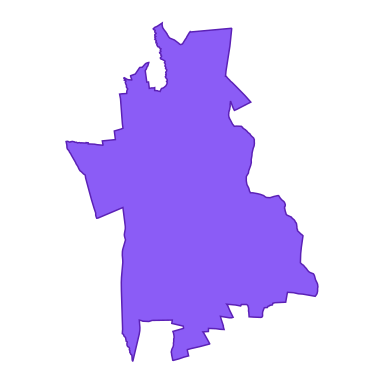 Scanteia, Iasi, Romania
{"feature_id": "2599482B42529928400495", "entity_name": "Scanteia", "entity_type": "district", "adm_level": 2, "iso_a3": "ROU", "parent_name": "Romania", "parent_adm1": "Iasi", "projection": "mercator", "projection_center": [27.593, 46.925], "detail": "fine", "context": "isolated", "style": "filled", "palette": "violet", "viewbox_px": 384, "rotation_deg": 0, "n_neighbors": 0, "source": "geoboundaries", "source_scale": "gbopen_adm2", "svg_char_len": 5851}
<svg xmlns="http://www.w3.org/2000/svg" viewBox="0 0 384 384"><path d="M66.1,141.6L66.8,144.9L67.0,147.8L67.4,149.0L69.0,150.8L69.3,151.7L70.9,154.1L71.4,155.2L75.6,162.5L76.1,163.8L77.8,166.4L78.9,168.9L80.0,170.7L81.4,171.8L83.6,174.0L84.9,174.8L85.3,175.4L85.6,177.9L91.5,199.7L94.2,208.6L95.7,213.0L95.7,215.1L96.1,216.7L96.7,218.2L97.9,218.1L122.9,207.5L125.3,226.4L125.3,228.9L124.5,233.2L124.3,234.9L124.5,236.3L125.5,239.9L122.7,249.6L122.4,251.6L122.3,255.3L122.7,259.6L122.8,262.4L121.5,277.3L121.3,282.5L121.4,290.5L122.6,329.2L122.3,333.6L122.7,333.8L123.6,334.7L123.9,335.8L124.2,336.3L125.5,337.5L126.2,341.3L127.1,341.7L127.3,342.0L126.9,343.9L127.1,345.4L127.7,346.6L128.6,347.0L129.4,348.0L129.5,348.5L129.3,349.8L129.9,350.7L129.8,352.3L130.5,353.4L130.8,354.3L131.7,355.0L131.9,355.4L132.2,359.8L132.4,360.7L132.7,361.0L132.9,360.9L135.2,351.1L139.2,334.3L139.5,332.5L139.8,330.7L139.9,327.5L139.3,320.1L141.7,320.7L142.7,321.2L148.9,321.5L152.1,320.4L172.3,320.1L171.8,323.4L183.2,326.1L183.6,328.1L183.4,328.4L172.9,331.4L173.5,333.1L174.0,335.7L174.1,337.7L173.7,338.9L173.7,341.7L173.4,343.1L173.5,345.0L173.1,346.7L171.9,349.2L171.2,352.1L171.5,353.2L171.7,355.1L172.4,358.3L172.7,360.2L173.2,360.4L178.8,358.9L184.0,357.1L188.6,355.9L187.4,350.6L187.3,350.0L187.4,349.6L191.0,348.6L199.8,346.6L209.6,344.0L209.7,343.8L207.9,340.4L203.9,333.3L202.9,331.9L208.4,331.5L208.5,328.4L216.0,328.7L220.3,329.3L224.1,329.5L223.3,326.8L223.4,326.1L223.0,324.8L221.1,319.0L220.4,316.3L229.4,317.8L231.5,317.8L233.1,317.3L229.8,310.6L227.6,305.4L226.7,304.2L235.6,305.0L240.6,306.0L240.9,305.7L241.1,304.8L241.4,304.5L246.7,304.5L247.8,305.5L248.5,307.7L248.6,309.0L248.5,311.0L248.8,312.4L249.1,316.8L253.6,317.1L261.0,317.4L261.9,317.1L262.5,316.3L262.6,315.3L262.5,313.8L262.6,312.6L262.8,311.5L264.3,307.7L267.4,307.5L268.0,306.3L269.6,305.8L269.7,305.4L272.4,304.9L272.8,303.3L274.9,302.7L285.7,302.2L287.2,293.6L287.5,292.3L293.6,292.7L298.4,293.8L302.7,294.1L315.2,296.3L316.5,294.6L317.1,293.4L317.6,291.1L317.6,288.3L317.9,286.9L317.6,284.4L317.3,283.4L315.5,279.7L314.5,275.9L314.2,275.1L313.4,273.8L309.8,272.4L308.6,271.5L307.4,270.1L306.4,268.6L304.6,266.7L303.5,265.3L302.1,264.4L300.4,262.8L300.7,253.5L301.4,246.9L303.0,235.8L301.6,234.4L301.3,234.4L297.5,230.7L297.4,229.2L297.1,229.0L296.9,228.4L296.9,226.8L296.5,223.7L295.9,222.5L295.5,222.3L294.9,220.9L294.2,219.9L292.3,218.3L292.0,217.9L291.5,217.5L291.4,217.1L287.2,215.2L286.3,214.5L285.2,210.9L284.8,208.8L284.5,208.3L284.7,207.7L284.5,207.2L284.7,206.5L285.2,206.1L285.3,204.8L284.9,203.4L284.4,202.3L283.8,201.5L281.8,199.9L280.3,198.2L278.6,195.6L277.8,195.6L273.8,196.5L270.1,197.7L266.8,197.5L266.0,197.3L265.0,196.7L263.7,195.6L260.5,194.4L257.3,193.6L252.7,192.8L250.4,192.8L250.3,192.3L249.6,191.4L248.8,188.2L246.9,184.5L246.3,180.9L246.3,176.8L246.7,175.8L248.4,173.1L248.7,170.9L250.7,165.3L251.3,162.6L251.2,159.7L251.9,155.8L252.1,152.9L253.2,148.3L254.1,145.9L254.4,143.4L254.3,141.9L254.3,139.7L253.6,138.0L251.6,136.2L250.7,135.2L250.0,134.0L247.8,132.3L247.0,131.2L246.1,130.5L245.4,129.7L244.7,129.4L242.7,127.9L242.6,127.4L241.3,126.3L236.7,126.1L234.3,126.3L233.2,124.9L232.6,124.3L229.8,118.9L229.4,118.6L229.4,117.9L229.1,117.6L228.8,116.3L228.6,114.7L228.8,113.6L228.7,112.9L229.3,110.4L229.7,109.4L229.7,108.7L230.2,106.2L230.1,104.7L230.5,101.0L233.0,107.6L234.4,110.4L236.7,109.4L250.8,102.1L244.8,95.4L236.1,86.5L232.2,82.6L230.4,81.1L229.9,80.4L227.6,78.1L226.2,76.3L225.5,76.3L226.0,71.0L229.9,46.1L231.7,28.7L231.3,28.3L191.5,31.9L190.6,32.0L190.2,31.6L189.1,33.0L186.9,36.7L186.2,38.2L185.4,39.2L182.5,43.9L180.7,44.6L179.4,44.1L179.2,43.7L178.6,43.2L174.4,40.0L170.0,38.2L169.1,37.4L167.4,34.8L167.1,33.9L166.8,33.6L165.7,31.9L164.1,29.9L162.6,27.5L162.1,24.7L162.1,23.9L162.2,23.0L157.2,26.3L154.7,27.4L153.2,28.9L153.9,29.7L155.1,30.3L155.0,30.9L154.8,31.4L154.9,32.2L155.3,32.8L156.0,33.1L156.1,33.5L154.8,34.7L154.8,35.3L154.9,35.8L155.7,36.4L154.8,37.1L155.2,38.0L155.5,38.2L155.5,38.5L154.8,39.2L155.4,39.9L156.2,40.4L156.3,40.9L156.3,41.2L155.9,41.6L156.1,42.2L155.9,42.6L155.9,42.8L156.6,42.9L156.9,43.2L157.1,43.7L156.7,44.8L157.3,45.5L157.6,46.5L158.1,46.8L159.0,46.9L159.4,47.8L161.0,48.9L160.2,50.1L160.8,51.0L160.9,51.5L160.8,51.8L159.6,52.3L159.7,53.0L160.7,53.9L161.0,54.5L160.8,55.1L161.6,56.1L161.0,57.2L160.4,57.7L160.5,58.6L161.3,59.2L162.0,59.3L164.7,60.8L165.1,61.3L165.1,61.6L164.5,62.4L164.4,62.8L164.9,63.2L165.4,64.2L165.4,64.7L165.0,65.6L165.0,66.2L165.5,66.6L165.7,67.2L165.8,67.6L165.5,68.4L165.6,68.7L166.1,69.0L166.7,69.6L166.7,70.9L165.9,71.9L165.7,72.6L166.1,73.3L166.0,73.7L166.2,74.2L165.7,74.6L166.1,75.7L166.0,76.0L165.6,76.3L165.3,76.8L166.2,78.3L167.1,79.3L167.3,80.0L167.2,80.8L166.5,81.3L166.6,81.7L167.2,82.2L167.1,83.5L166.0,85.7L164.2,87.3L163.1,88.0L161.5,88.5L160.9,89.6L160.1,91.5L159.3,91.2L158.4,91.2L157.4,90.7L154.7,90.5L154.7,87.6L153.3,88.0L151.8,87.9L149.3,88.4L148.5,82.0L146.8,82.1L145.3,71.2L145.3,70.4L146.3,69.1L147.1,66.8L147.8,66.0L148.8,62.5L148.4,62.5L146.3,63.2L145.4,63.8L142.3,67.2L139.7,67.5L135.3,74.0L130.6,75.7L130.6,76.3L131.7,79.4L131.8,79.9L131.7,80.0L128.3,79.7L127.0,79.3L124.3,77.7L124.0,77.8L123.9,78.4L124.1,78.8L124.9,79.7L125.3,79.8L125.4,80.3L125.0,80.5L125.7,80.7L125.9,80.9L125.9,81.3L125.3,82.2L125.3,82.5L125.8,84.1L126.4,85.0L126.4,87.0L126.6,87.6L127.6,88.6L127.6,89.4L127.1,90.0L126.8,91.2L126.7,93.5L122.0,93.8L119.6,94.1L120.5,98.7L122.4,123.9L123.0,128.2L121.2,129.0L114.3,131.0L115.4,139.6L102.3,140.9L103.0,144.8L102.8,145.2L97.2,144.7L94.6,144.2L88.2,143.9L88.2,142.8L86.1,142.6L86.0,143.1L81.0,142.8L80.8,143.0L79.4,142.6L77.4,142.9L76.6,142.3L75.0,142.3L74.5,141.9L72.4,141.4L71.2,141.6L70.9,141.9L70.4,141.8L69.7,142.2L68.0,141.4L67.3,141.3L67.0,141.3L66.9,141.6L66.1,141.6Z" fill="#8b5cf6" stroke="#5b21b6" stroke-width="1.5"/></svg>